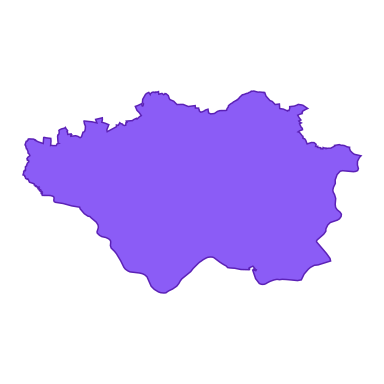 Piltown Lea-5, Kilkenny, Ireland
{"feature_id": "5873133B76837533212426", "entity_name": "Piltown Lea-5", "entity_type": "district", "adm_level": 2, "iso_a3": "IRL", "parent_name": "Ireland", "parent_adm1": "Kilkenny", "projection": "equal_earth", "projection_center": [-7.187, 52.347], "detail": "fine", "context": "isolated", "style": "filled", "palette": "violet", "viewbox_px": 384, "rotation_deg": 0, "n_neighbors": 0, "source": "geoboundaries", "source_scale": "gbopen_adm2", "svg_char_len": 5917}
<svg xmlns="http://www.w3.org/2000/svg" viewBox="0 0 384 384"><path d="M361.0,155.8L354.4,154.3L352.4,152.9L350.3,150.7L349.4,148.0L349.6,147.3L347.0,146.8L344.5,145.6L342.8,145.3L341.1,145.3L339.3,144.6L334.6,145.4L334.8,146.0L330.7,148.2L328.1,148.2L326.1,148.6L326.1,148.1L324.2,148.0L323.1,147.5L322.8,148.9L320.7,148.7L320.7,147.7L317.5,147.4L317.7,146.3L315.6,146.4L316.1,144.3L314.1,142.6L311.5,142.5L307.1,143.9L305.7,140.2L304.6,138.7L303.2,138.5L302.8,137.9L303.1,137.5L302.9,136.3L302.5,136.2L300.0,133.0L299.1,132.2L298.1,131.9L299.6,130.8L302.5,129.7L302.3,128.3L301.1,127.1L299.5,123.8L301.3,122.9L299.5,121.9L298.8,121.0L300.9,120.0L299.1,117.6L297.7,115.2L300.0,114.2L302.1,113.6L301.8,113.1L302.4,112.3L302.4,111.5L303.0,111.0L304.3,110.1L304.7,110.1L305.0,109.7L307.7,108.5L303.0,105.3L301.5,104.9L298.2,104.4L297.2,105.0L294.3,106.1L289.7,106.6L289.7,108.5L289.0,110.5L287.9,110.4L287.6,111.0L283.4,109.1L280.0,108.6L279.7,108.5L279.4,104.0L275.1,104.5L272.3,101.5L269.9,100.5L266.0,96.1L264.7,92.5L263.7,92.3L263.5,92.6L262.6,92.3L259.5,92.0L258.1,92.2L253.8,91.0L251.4,91.4L251.2,91.2L250.2,92.1L249.1,92.4L247.7,93.3L246.6,93.4L244.1,94.4L242.3,94.8L239.3,97.6L239.0,98.4L238.2,98.8L237.6,99.8L237.0,99.8L236.2,100.6L235.7,100.6L234.2,101.6L233.4,101.9L232.8,102.6L230.6,103.9L229.0,105.2L228.4,105.9L228.2,107.2L227.1,108.5L226.6,110.3L225.6,110.5L219.9,110.6L217.4,111.4L214.4,113.5L210.7,113.9L208.6,112.9L208.0,109.2L205.8,109.9L205.0,110.3L204.9,110.6L202.6,111.7L200.7,112.2L199.4,111.0L199.0,109.2L198.4,108.5L198.5,108.1L195.4,108.0L195.2,105.6L188.3,106.5L183.1,104.4L176.9,104.5L173.7,101.2L170.0,99.6L169.3,98.6L168.3,95.6L166.0,93.7L165.0,93.6L165.0,94.0L163.7,94.7L162.0,93.4L158.8,94.2L158.5,91.6L157.9,91.8L157.7,92.2L156.1,92.0L156.1,92.3L155.1,92.6L154.8,92.2L153.9,92.3L153.6,92.1L152.2,92.3L150.4,93.7L150.2,94.5L148.8,92.4L146.5,93.5L145.5,94.4L142.7,99.3L142.4,102.6L143.5,103.9L143.0,105.8L142.3,106.0L141.4,103.8L137.6,105.6L135.3,106.4L137.0,110.4L139.2,112.6L141.3,115.6L139.8,116.5L137.0,119.0L136.5,118.3L133.3,119.8L132.5,120.6L126.3,121.1L126.9,122.4L126.0,122.6L125.7,125.2L124.3,125.5L123.4,125.1L122.8,124.8L122.5,124.1L120.6,123.5L119.8,122.7L118.3,125.3L116.4,125.0L116.5,126.7L107.2,131.7L106.8,129.9L108.8,124.7L105.4,123.3L101.8,122.2L102.4,119.7L102.3,117.8L95.6,119.4L96.9,122.9L92.0,121.8L83.5,120.9L84.0,121.2L84.4,123.7L85.4,126.1L85.3,129.0L84.8,131.0L83.6,132.2L83.0,132.2L81.5,136.8L80.1,137.7L78.0,136.4L75.6,135.7L70.8,136.3L70.7,135.8L71.6,134.7L71.1,134.5L71.1,133.9L67.7,134.4L67.6,132.7L67.0,131.8L67.4,131.5L67.6,130.6L66.0,128.7L65.4,127.4L64.6,128.1L61.5,128.9L59.6,129.8L58.9,130.4L59.2,132.0L59.0,133.7L58.4,134.8L57.9,134.9L57.6,136.3L57.9,141.1L58.2,143.2L58.6,143.4L57.5,143.6L57.0,144.0L56.3,145.5L56.7,145.6L52.9,145.6L51.3,145.3L50.6,145.5L51.0,141.2L50.8,138.4L45.9,137.8L44.6,137.4L43.7,137.5L43.2,143.5L38.4,141.9L35.6,140.5L35.7,140.3L34.9,140.0L35.0,139.7L33.4,139.1L29.3,138.9L28.3,139.0L28.2,139.2L28.2,139.9L27.5,140.3L27.1,141.2L26.2,141.3L25.0,144.9L25.5,145.3L26.4,148.7L26.8,148.7L28.0,151.5L28.0,153.0L29.4,154.4L29.9,155.7L27.7,157.4L26.9,158.9L27.3,159.3L27.4,160.4L28.5,160.4L28.8,161.5L28.7,162.0L27.5,163.0L26.6,165.1L26.7,165.7L25.4,166.8L25.5,170.3L25.1,170.8L24.5,170.6L24.9,170.2L24.4,170.4L23.6,171.9L23.8,172.3L23.0,174.9L24.3,175.3L24.7,175.7L24.7,176.4L25.3,177.0L25.6,178.4L26.4,178.8L27.3,178.8L27.3,179.3L28.1,179.2L29.5,182.2L33.9,183.7L34.3,184.2L34.2,184.9L35.8,185.7L35.6,186.1L36.2,186.1L36.1,186.6L36.6,186.9L37.3,186.8L37.8,187.5L38.3,187.3L38.0,187.8L38.8,188.0L38.5,188.4L39.2,188.3L39.0,189.0L38.3,189.1L40.1,189.6L39.3,190.2L39.6,190.7L40.5,191.1L41.2,190.9L41.7,191.4L40.8,191.6L42.3,192.8L41.9,193.3L41.3,192.8L41.1,193.1L41.3,193.6L42.2,193.9L42.0,194.4L42.3,195.4L50.3,195.5L52.8,196.2L53.8,197.0L54.1,197.9L53.8,200.1L54.0,201.2L54.3,201.7L55.4,202.3L63.1,203.5L71.8,205.9L79.7,207.2L80.1,208.8L84.3,213.7L88.0,216.2L89.9,216.5L91.1,217.8L96.2,222.1L98.0,224.9L98.3,226.5L98.3,227.8L97.0,231.9L97.3,233.2L99.5,235.3L101.8,236.6L105.9,237.5L108.6,238.8L110.0,240.0L110.6,241.0L110.7,242.5L110.4,245.6L111.2,248.1L114.5,251.3L116.5,253.8L120.7,260.8L123.9,267.3L125.3,269.1L127.7,270.8L130.0,271.9L139.5,273.0L142.4,273.7L144.7,274.8L147.0,276.8L151.2,286.3L154.2,289.3L158.4,291.9L160.7,292.7L164.0,293.0L166.0,292.8L166.3,292.5L168.6,290.9L172.6,289.0L176.8,286.1L178.9,283.4L180.1,281.2L180.5,280.6L181.9,278.8L182.5,278.3L190.7,271.6L193.2,268.4L198.6,263.0L199.5,262.3L200.1,261.8L200.8,261.4L202.3,260.3L202.5,260.1L204.5,258.9L206.8,257.7L207.4,257.5L207.9,257.3L210.2,257.0L212.4,257.1L213.6,257.5L213.8,257.6L215.2,258.6L216.2,259.4L218.2,260.9L220.2,262.4L221.2,263.0L221.9,263.5L224.2,264.9L224.8,265.2L225.9,265.8L226.4,266.2L226.7,266.5L227.2,267.1L227.7,267.6L229.3,267.8L229.7,267.9L233.8,268.2L234.5,268.2L236.4,268.6L240.9,269.5L248.3,269.7L249.1,269.7L249.5,269.6L249.6,268.7L249.0,268.4L249.2,267.8L252.9,266.2L254.7,268.3L253.9,268.9L256.3,269.8L255.8,270.7L253.5,269.9L252.7,270.1L254.4,275.1L255.3,277.7L255.5,278.5L255.9,279.1L256.2,279.4L259.3,283.5L260.5,284.0L260.8,284.1L262.1,284.4L264.1,284.3L265.6,283.8L266.5,283.3L267.1,282.9L268.0,282.4L268.8,282.0L270.2,281.3L273.8,280.0L276.5,279.4L277.7,279.4L279.5,279.7L282.2,279.3L286.1,279.5L290.7,279.9L292.8,280.1L297.6,280.6L299.4,280.2L301.3,279.9L304.1,274.1L308.3,269.2L310.4,267.4L314.3,265.3L318.1,264.9L330.6,261.0L330.0,258.4L326.4,253.4L316.6,241.9L316.5,241.0L317.2,239.9L323.7,234.2L325.8,231.3L325.9,228.8L327.8,224.9L330.3,222.5L337.4,220.1L339.5,218.8L341.1,216.5L341.4,214.2L340.1,212.2L337.1,209.7L335.6,207.4L335.2,204.3L335.7,198.5L334.5,194.5L333.2,192.1L332.8,190.1L333.5,187.2L335.3,183.5L335.2,179.9L337.1,174.6L340.2,171.2L342.6,170.7L353.5,171.7L355.7,171.4L357.6,170.6L358.4,168.6L357.4,165.0L357.5,161.2L359.5,157.4L361.0,155.8Z" fill="#8b5cf6" stroke="#5b21b6" stroke-width="1.5"/></svg>